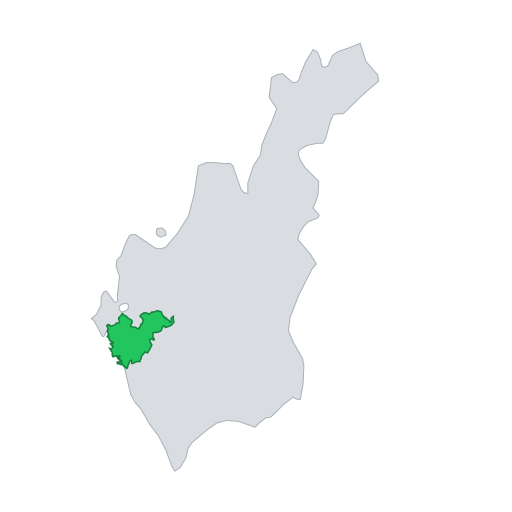 Tumanian, Lori, Armenia shown in context, rotated 250°
{"feature_id": "60910142B81526699291587", "entity_name": "Tumanian", "entity_type": "district", "adm_level": 2, "iso_a3": "ARM", "parent_name": "Armenia", "parent_adm1": "Lori", "projection": "equal_earth", "projection_center": [44.669, 40.997], "detail": "fine", "context": "in_parent", "style": "filled", "palette": "green", "viewbox_px": 512, "rotation_deg": 250, "n_neighbors": 0, "source": "geoboundaries", "source_scale": "gbopen_adm2", "svg_char_len": 6795}
<svg xmlns="http://www.w3.org/2000/svg" viewBox="0 0 512 512"><g transform="rotate(250 256 256)"><path d="M228.0,310.0L224.2,303.7L204.9,283.1L187.1,267.4L174.9,260.9L162.5,261.5L143.4,264.7L136.4,263.4L119.7,256.5L105.9,248.4L107.8,245.0L110.7,242.5L107.3,231.9L99.6,214.9L100.5,209.6L98.1,202.2L95.4,196.6L106.4,183.3L111.4,172.7L112.5,162.3L109.7,151.5L102.6,132.0L98.3,126.3L90.1,121.0L83.3,112.4L81.6,106.2L87.4,105.0L104.2,104.9L120.6,102.8L133.3,98.8L151.9,95.4L159.5,92.4L168.4,90.9L195.4,94.1L205.5,91.7L235.9,91.2L236.7,89.9L232.6,85.8L232.6,84.3L250.7,81.7L253.5,79.7L255.9,86.3L262.7,93.5L270.2,96.4L274.2,100.4L274.3,103.5L261.2,107.2L260.3,109.0L261.2,110.8L265.1,111.7L283.6,120.8L294.1,121.0L299.6,123.8L302.4,129.2L311.2,136.6L318.3,143.8L318.7,146.3L317.4,150.0L297.8,164.1L295.3,168.9L295.1,174.1L303.8,189.4L316.6,206.1L335.0,218.9L360.4,232.7L360.8,241.3L356.8,251.5L353.4,258.4L351.9,263.1L348.8,265.1L323.5,264.7L319.7,266.3L318.1,268.4L318.0,270.0L327.1,273.1L341.3,284.1L349.5,294.7L358.1,299.3L367.7,307.8L375.4,315.7L387.4,325.9L400.6,322.6L418.5,331.7L419.3,337.9L418.2,343.4L407.1,349.4L405.7,351.9L405.7,354.0L407.2,357.0L413.8,361.9L421.6,369.2L430.4,380.2L426.6,383.5L418.4,383.9L412.1,382.6L409.9,384.8L410.0,388.4L418.4,396.7L420.0,402.8L419.8,413.4L420.3,426.7L401.0,425.9L384.6,432.3L378.3,431.0L374.1,419.6L370.6,410.4L359.9,386.9L362.7,377.2L356.8,371.7L342.7,361.7L339.1,357.5L341.1,351.8L342.4,341.5L341.0,333.1L337.2,330.5L330.2,330.4L321.7,332.5L304.6,340.5L292.7,335.4L285.8,330.1L281.8,325.8L272.9,329.4L270.8,327.6L270.3,316.8L267.6,311.0L262.2,304.3L257.2,301.0L239.0,307.7L228.0,310.0ZM256.0,117.8L256.6,113.9L255.7,110.4L252.8,109.3L249.2,110.3L248.9,114.1L250.0,117.8L253.7,119.4L256.0,117.8ZM314.5,177.2L310.3,179.6L306.4,178.6L306.4,172.6L309.2,170.2L312.5,170.3L315.6,172.5L314.5,177.2Z" fill="#d9dde1" stroke="#a8b0b8" stroke-width="1"/><path d="M227.5,157.6L227.1,156.0L226.5,155.0L225.7,154.6L224.5,154.2L223.4,153.6L223.2,152.7L224.6,152.3L226.4,151.4L226.9,150.7L227.7,150.7L228.4,150.4L228.6,149.4L229.0,149.0L229.9,149.4L230.3,149.2L230.9,148.3L233.6,147.8L235.6,148.0L236.4,147.4L237.9,145.1L238.4,144.0L238.4,143.0L238.2,141.9L238.2,140.9L239.0,139.2L238.9,138.4L237.8,136.0L237.8,135.5L239.4,134.3L240.3,132.8L241.0,131.2L240.5,129.8L240.3,128.2L239.3,126.6L238.6,126.5L236.6,127.7L234.3,128.0L233.0,127.3L231.3,125.5L231.2,124.4L229.6,123.4L229.0,122.3L227.8,120.9L228.5,119.5L229.6,118.9L230.5,118.0L231.1,116.4L232.2,114.7L233.1,114.3L233.9,114.8L235.4,116.4L236.6,117.2L237.4,117.3L238.4,117.0L240.5,115.3L242.4,113.8L243.5,113.8L244.1,113.4L244.6,112.6L246.3,111.2L247.1,111.3L247.5,110.9L247.2,109.8L245.9,108.5L245.3,106.6L244.6,105.7L244.0,105.4L242.0,105.4L240.3,105.1L240.0,104.4L240.0,103.6L240.8,102.1L240.6,101.5L239.8,100.8L239.5,100.0L239.6,96.5L239.8,95.1L241.6,94.7L242.0,94.2L241.8,93.7L242.1,93.0L242.0,92.4L241.3,91.8L240.7,92.2L240.0,92.2L239.4,92.1L238.9,92.1L238.7,92.1L238.4,91.9L237.8,91.8L237.7,91.7L237.3,91.5L237.0,91.5L236.8,91.5L236.8,91.2L236.7,91.0L236.3,90.6L236.1,90.5L236.0,90.4L235.5,90.7L235.2,90.7L234.8,90.7L234.4,90.7L233.7,90.6L233.4,90.9L233.2,90.8L232.8,90.5L232.6,90.5L232.4,90.6L232.1,90.1L232.0,89.8L231.8,89.4L231.7,89.2L231.1,88.6L230.9,88.5L230.6,88.8L230.6,89.1L230.9,89.6L230.8,89.8L230.7,89.8L229.8,89.7L229.4,89.8L229.2,89.7L229.0,89.9L228.6,89.6L228.3,89.8L228.3,90.1L228.1,90.1L228.0,89.9L227.8,89.7L227.6,89.6L227.4,89.9L227.2,89.8L226.7,89.8L226.0,89.9L225.8,90.0L225.7,90.2L225.7,90.4L225.5,90.7L225.4,91.4L225.3,90.9L225.2,90.8L224.9,90.9L224.5,91.3L224.3,91.6L224.2,91.7L224.3,91.8L224.3,92.0L224.2,92.2L224.0,92.3L223.7,92.2L223.4,92.3L223.3,92.2L223.4,91.9L223.1,91.6L223.0,91.4L223.2,91.2L223.3,90.9L223.2,90.7L223.0,90.4L223.1,90.2L223.3,90.0L223.5,89.9L223.5,89.6L223.6,89.4L223.6,89.2L223.3,89.1L222.8,89.4L222.2,89.5L222.0,89.9L221.4,89.9L221.3,90.0L221.2,90.3L221.1,90.2L220.8,90.1L220.7,90.2L220.6,90.3L220.7,90.5L220.4,90.6L220.1,90.8L220.0,90.7L220.2,90.4L220.3,90.3L220.2,90.2L219.7,90.1L219.1,90.1L218.9,89.9L218.7,89.6L218.4,89.1L218.3,88.9L218.5,88.6L218.6,87.7L219.0,87.2L219.2,86.9L218.8,87.0L218.7,87.1L218.3,87.2L218.2,87.2L217.9,87.3L217.7,87.4L217.6,87.5L217.3,87.4L217.0,87.4L216.9,87.5L216.6,87.4L216.4,87.4L216.1,87.6L215.6,87.8L215.4,87.8L215.2,87.8L214.6,87.9L214.2,87.8L213.3,87.6L213.1,87.5L212.8,87.2L212.5,87.2L212.1,87.1L211.7,87.0L210.9,86.9L210.4,87.0L210.2,87.2L210.3,87.3L210.6,87.3L210.7,87.7L210.6,87.9L210.5,88.0L210.3,88.1L210.1,88.1L210.1,88.5L210.1,88.9L210.0,89.1L210.1,89.3L210.2,89.6L210.4,89.8L210.2,90.0L209.7,90.5L209.7,90.9L209.5,91.3L209.4,91.9L209.1,92.9L209.0,93.3L208.9,93.4L209.1,93.5L209.0,93.8L208.8,93.9L208.7,93.8L208.7,93.5L208.6,93.4L208.4,93.6L208.3,93.4L208.2,93.3L208.0,93.5L207.9,93.6L207.7,93.5L207.7,93.4L207.8,93.0L207.9,92.6L207.9,92.3L207.8,92.0L207.9,91.8L208.0,91.7L208.5,91.3L208.8,91.2L208.7,91.0L208.0,91.1L207.8,91.2L207.8,91.5L207.7,91.5L207.6,91.4L207.5,91.0L207.1,91.0L206.8,91.2L206.8,91.3L207.1,91.5L207.3,91.6L207.3,91.8L207.1,91.9L206.8,91.7L206.8,92.0L206.6,92.3L206.3,91.8L206.2,91.7L205.9,91.8L205.9,92.0L205.9,92.4L205.8,92.5L205.5,92.4L205.4,92.5L205.2,92.4L205.0,92.2L204.9,92.3L204.7,92.4L204.7,92.6L204.4,93.2L204.2,93.3L204.0,93.5L203.7,93.9L203.5,94.1L203.3,94.2L203.2,94.1L203.2,93.9L203.3,93.8L203.4,93.7L203.6,93.5L203.7,93.4L203.3,93.4L203.2,93.4L202.6,93.2L202.1,93.2L202.3,93.0L202.4,92.8L202.3,92.7L202.1,92.5L202.2,92.3L202.8,92.1L203.0,91.9L203.0,91.4L203.0,91.2L203.2,90.9L202.7,90.9L202.5,90.7L202.9,90.6L202.9,90.4L202.6,90.4L202.8,90.2L203.1,90.1L203.2,89.8L203.3,89.5L203.7,89.4L203.7,89.1L203.1,89.2L202.7,89.1L202.3,89.0L202.1,89.0L201.9,89.2L201.7,89.5L201.7,89.8L201.8,89.9L201.8,90.3L201.7,90.5L201.3,90.9L201.0,91.0L200.8,91.1L200.7,91.2L200.1,92.1L200.0,92.3L200.0,92.6L199.7,93.1L199.7,93.4L199.6,93.6L199.2,93.8L198.1,94.2L197.8,94.5L197.6,94.6L197.4,94.6L196.9,94.8L196.3,94.9L196.1,95.0L196.0,95.3L195.8,95.5L195.4,95.5L195.2,95.6L194.9,95.6L194.5,95.5L194.4,95.4L194.9,97.0L196.6,97.9L198.3,99.6L200.2,101.0L201.0,102.7L200.4,103.4L198.9,102.7L197.6,102.4L197.1,103.8L197.5,106.2L197.5,108.1L196.5,110.7L197.8,111.7L199.2,113.2L200.5,113.6L201.5,115.0L202.6,117.0L203.7,118.7L202.1,121.1L205.9,125.6L208.0,127.7L210.4,127.3L212.8,127.3L213.8,127.5L213.8,129.7L213.2,130.4L212.4,130.5L212.0,131.1L212.1,131.8L214.2,131.8L215.6,131.4L217.0,132.2L218.0,132.6L218.9,132.8L218.9,135.3L218.4,135.7L218.2,136.3L218.0,137.2L218.0,140.3L218.3,141.2L219.0,142.1L220.0,142.8L220.7,143.3L221.2,143.8L221.5,144.4L221.9,145.1L222.0,145.7L221.2,146.2L219.9,146.2L219.7,148.1L219.7,150.0L219.8,151.3L219.8,152.5L220.6,154.0L221.3,155.1L221.7,156.2L224.2,156.5L224.8,156.7L225.7,157.1L226.6,157.1L227.5,157.6Z" fill="#22c55e" stroke="#15803d" stroke-width="1.5"/></g></svg>